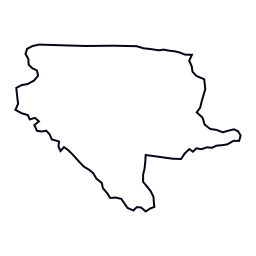 Sério, Rio Grande do Sul, Brazil
{"feature_id": "56859067B15615796169144", "entity_name": "Sério", "entity_type": "district", "adm_level": 2, "iso_a3": "BRA", "parent_name": "Brazil", "parent_adm1": "Rio Grande do Sul", "projection": "mercator", "projection_center": [-52.238, -29.405], "detail": "fine", "context": "isolated", "style": "outline", "palette": "ink", "viewbox_px": 256, "rotation_deg": 0, "n_neighbors": 0, "source": "geoboundaries", "source_scale": "gbopen_adm2", "svg_char_len": 1337}
<svg xmlns="http://www.w3.org/2000/svg" viewBox="0 0 256 256"><path d="M15.4,109.8L21.8,113.3L27.9,115.1L29.7,119.4L35.0,117.9L38.9,121.4L34.3,125.1L37.1,130.9L41.8,131.5L46.2,130.7L49.5,134.1L51.8,139.4L59.1,141.5L58.4,146.4L60.5,151.0L64.0,147.1L68.5,150.4L73.0,154.9L79.2,161.8L83.8,166.6L88.8,169.6L93.0,172.9L96.4,178.6L101.8,183.0L102.9,188.2L107.1,193.1L110.1,197.9L115.9,197.6L121.3,198.9L127.5,207.9L133.4,210.5L136.7,207.2L140.9,207.4L145.7,211.4L150.4,208.4L154.3,206.9L153.8,201.6L153.5,196.9L150.6,191.1L146.8,186.3L143.1,181.8L143.1,174.7L144.6,168.4L145.3,161.5L145.7,155.0L172.5,158.7L181.1,159.0L184.6,153.6L189.3,149.1L193.0,151.7L196.3,148.3L201.3,149.2L207.0,147.3L212.0,147.8L216.3,145.7L221.8,145.2L227.2,144.4L233.4,140.9L239.1,140.9L240.6,135.5L238.0,131.2L233.9,129.3L228.3,130.7L222.8,132.3L216.5,129.9L210.3,129.0L204.7,124.7L202.5,117.6L196.7,112.3L200.1,107.8L201.6,101.7L203.5,95.2L205.3,89.1L204.2,79.2L196.5,76.0L192.5,71.7L191.7,66.2L189.2,60.7L191.9,54.8L184.8,54.6L180.0,52.6L174.7,51.3L169.4,50.7L163.5,49.6L159.4,50.3L155.4,49.8L150.3,49.0L143.5,48.3L136.7,46.2L113.1,45.7L85.3,46.0L39.2,44.6L32.6,46.0L27.1,48.8L25.5,53.9L28.4,59.1L28.6,64.6L32.1,68.1L36.9,70.5L38.1,75.7L34.1,80.5L27.7,84.0L21.6,85.1L16.3,87.9L17.0,95.0L18.1,103.8L15.4,109.8Z" fill="none" stroke="#020617" stroke-width="2"/></svg>